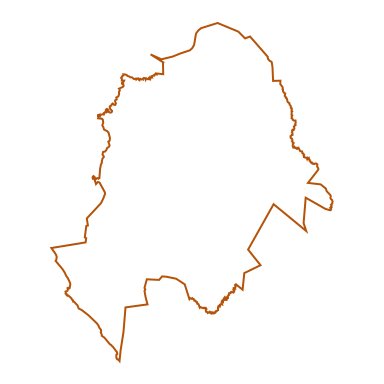 outline of San Ignacio, Sinaloa, Mexico
{"feature_id": "50627088B92995602725414", "entity_name": "San Ignacio", "entity_type": "district", "adm_level": 2, "iso_a3": "MEX", "parent_name": "Mexico", "parent_adm1": "Sinaloa", "projection": "equal_earth", "projection_center": [-106.307, 23.924], "detail": "fine", "context": "isolated", "style": "outline", "palette": "amber", "viewbox_px": 384, "rotation_deg": 0, "n_neighbors": 0, "source": "geoboundaries", "source_scale": "gbopen_adm2", "svg_char_len": 5935}
<svg xmlns="http://www.w3.org/2000/svg" viewBox="0 0 384 384"><path d="M150.6,54.4L163.3,62.4L163.0,62.8L163.2,74.2L157.0,73.5L156.9,74.1L156.2,73.8L156.3,74.4L155.3,74.1L154.6,74.6L154.4,75.3L154.1,75.1L153.8,75.5L153.3,75.4L152.4,76.3L151.4,76.2L151.2,76.8L151.7,77.5L150.8,77.5L150.0,79.5L149.2,79.0L149.0,77.9L148.0,79.2L146.1,78.3L145.6,79.7L145.0,78.4L143.9,77.9L142.9,78.8L142.9,79.5L142.2,79.2L141.1,79.5L140.5,78.9L139.9,79.3L139.4,79.0L139.2,79.1L139.2,80.0L138.5,79.5L138.3,78.4L137.1,78.6L136.2,79.5L135.8,78.6L134.0,79.1L131.9,77.3L130.4,77.3L128.8,76.3L127.5,76.0L126.8,75.1L125.4,74.5L123.3,74.3L123.4,75.4L122.2,76.1L122.0,77.0L121.6,77.2L121.6,77.8L121.2,78.0L121.9,79.1L121.8,80.6L124.1,80.6L123.1,82.6L122.0,82.9L121.9,83.4L122.4,84.2L123.3,84.3L123.6,85.9L123.0,86.8L119.0,88.7L119.6,89.5L119.8,90.6L119.0,91.7L119.1,94.2L118.3,96.4L116.3,97.5L116.7,99.4L115.1,100.4L115.2,101.9L115.9,103.4L115.3,104.9L114.3,104.9L112.7,103.5L111.7,104.4L111.4,105.5L110.1,106.1L109.7,106.7L110.2,108.9L112.1,110.9L111.9,111.7L111.4,112.4L110.0,112.6L109.1,112.2L107.8,109.3L106.7,108.9L105.8,110.0L107.1,111.6L106.8,112.1L107.0,112.9L105.8,111.5L105.7,112.3L105.1,112.1L103.9,113.0L104.2,113.9L103.8,114.5L103.2,114.1L100.5,115.0L100.1,114.4L99.2,114.7L99.7,116.0L98.0,115.4L98.0,116.5L98.4,117.1L98.1,118.3L102.0,118.8L102.9,119.8L103.2,122.7L102.3,125.4L103.4,127.2L104.0,129.5L107.4,131.3L108.5,132.6L109.8,137.3L109.9,139.1L109.5,140.9L108.3,141.6L109.6,145.4L108.9,146.8L107.0,148.1L106.4,149.9L105.1,151.5L103.1,151.9L102.5,154.6L103.8,156.4L103.8,157.0L102.5,158.6L101.8,161.3L101.9,162.7L101.0,164.3L100.1,168.8L99.4,178.1L98.5,178.7L98.0,178.1L97.1,178.1L95.7,179.3L94.6,177.0L93.4,176.1L92.7,176.9L92.6,177.7L92.9,178.8L93.9,178.7L94.4,179.2L96.0,184.1L97.8,182.0L99.5,182.5L104.7,192.0L105.1,193.6L103.3,198.5L100.9,203.3L86.8,218.4L87.9,225.5L86.3,225.9L84.8,237.4L86.2,238.2L85.6,242.4L51.4,248.0L55.4,253.7L56.4,255.7L56.7,256.8L56.3,259.9L55.6,260.9L62.5,269.1L64.9,272.9L66.2,275.9L67.7,277.9L70.0,282.7L70.3,284.2L69.7,287.9L69.4,288.4L68.5,288.8L68.2,288.7L67.9,287.9L67.5,288.1L67.8,288.9L67.5,290.8L65.5,291.6L65.9,293.3L65.7,293.6L66.5,294.0L66.3,294.6L66.9,295.4L67.5,295.7L67.7,295.3L68.1,295.4L71.5,298.3L71.8,299.5L72.9,300.2L73.1,301.6L74.0,301.7L77.5,305.4L78.7,308.5L81.7,310.0L88.5,315.3L96.9,323.4L98.4,325.5L99.3,327.7L100.9,329.7L101.2,331.4L100.7,332.2L101.7,334.5L101.8,335.8L104.5,337.7L109.8,344.2L110.8,344.7L113.1,347.1L117.0,352.2L117.3,354.0L116.3,354.8L116.4,357.9L117.3,359.4L118.2,359.4L119.5,361.0L120.6,350.5L123.5,331.9L125.5,307.4L147.5,304.4L145.5,296.7L144.5,290.9L145.3,289.4L144.5,287.9L146.8,279.3L159.1,279.9L162.1,276.4L166.2,276.7L176.1,278.7L184.7,284.3L189.4,299.1L190.2,298.1L191.4,298.8L192.3,298.2L192.9,299.0L193.8,299.1L194.3,300.7L195.4,300.6L196.2,301.9L197.0,302.1L197.3,302.8L197.2,303.6L198.5,304.2L199.8,307.7L200.5,307.0L202.2,308.0L203.0,307.7L203.9,308.2L204.6,307.8L204.9,308.2L205.8,307.9L206.5,309.1L205.8,309.9L205.9,311.3L206.1,311.8L207.0,311.9L207.7,313.0L208.7,312.3L209.2,312.5L209.9,311.7L210.3,312.0L210.4,312.7L211.2,312.4L211.5,313.4L212.7,312.4L213.2,313.4L213.6,313.1L214.2,313.3L215.0,312.8L214.7,312.4L215.6,311.4L216.7,312.2L216.4,311.7L216.6,310.9L218.1,310.2L218.0,308.2L218.8,308.5L218.1,307.7L218.5,306.1L219.9,306.5L220.1,305.5L219.6,305.1L219.9,304.7L221.2,304.1L222.0,304.4L221.6,303.3L221.6,302.0L222.3,301.3L222.3,302.3L223.0,302.4L223.1,300.8L222.7,300.5L223.8,300.1L223.3,299.8L223.7,299.4L223.6,298.9L224.7,297.4L225.2,298.8L224.9,299.5L225.7,299.3L226.0,300.0L226.5,300.0L226.7,297.6L227.1,297.8L227.2,298.7L228.0,298.1L227.7,296.2L228.9,295.1L228.6,294.6L229.2,293.1L230.3,293.3L231.0,292.6L231.1,291.9L231.8,291.8L233.3,292.6L234.2,291.6L234.3,291.0L233.7,290.5L233.4,289.7L234.4,289.7L234.7,289.3L234.1,289.2L234.0,288.7L234.7,288.7L234.2,288.0L235.0,287.9L235.6,286.8L235.3,286.4L234.7,286.5L235.6,285.8L235.1,285.5L235.2,284.7L235.9,284.3L242.6,289.7L244.3,273.1L260.5,265.2L248.1,249.6L273.6,204.2L306.2,231.0L303.6,223.1L305.7,197.7L325.4,208.9L329.9,210.2L330.6,210.2L331.1,209.2L330.4,208.1L331.0,208.0L330.9,206.7L331.2,206.4L331.6,206.6L331.6,205.6L331.0,204.8L332.3,203.5L332.2,202.8L332.6,201.6L332.2,200.1L330.8,198.9L330.4,197.8L330.8,196.1L330.2,194.9L326.6,191.1L325.9,188.6L320.7,184.4L308.0,182.9L318.3,169.6L318.3,168.4L317.1,166.4L317.3,164.3L315.9,163.4L314.8,163.6L314.2,164.1L312.6,163.7L312.5,163.1L311.8,163.1L311.6,162.4L311.1,162.6L310.2,161.5L310.2,161.0L309.6,160.7L309.7,159.9L309.2,159.6L308.8,158.0L307.8,158.8L307.8,157.8L307.6,157.7L307.1,159.0L306.6,157.8L304.9,157.5L304.4,156.8L303.9,156.9L303.6,155.2L304.1,154.8L303.9,154.5L303.1,153.4L302.4,153.3L302.1,151.5L300.2,151.1L298.4,147.7L297.8,147.8L297.1,148.9L296.3,148.6L295.8,147.7L295.0,147.9L294.3,146.7L293.3,147.5L293.1,147.1L292.7,146.0L292.8,144.8L293.6,143.1L292.7,142.8L292.6,141.6L292.0,141.1L292.3,140.8L292.4,139.8L291.9,138.6L290.8,138.2L290.5,136.2L291.2,135.7L291.7,134.9L292.5,134.9L292.4,132.9L291.9,132.2L292.5,131.0L292.1,130.3L292.8,129.6L293.7,129.9L294.2,129.0L294.4,128.3L293.9,126.6L294.5,126.2L294.6,125.5L295.6,125.0L295.2,123.8L295.7,122.9L295.5,120.5L293.6,120.5L292.8,119.8L292.7,119.1L291.5,118.2L291.9,117.1L291.6,116.5L292.3,115.3L291.5,114.7L291.7,112.7L291.6,111.8L292.1,111.4L291.6,110.9L291.8,110.6L291.8,109.6L291.5,109.1L291.8,108.4L290.8,107.7L290.9,106.8L290.6,105.8L289.6,104.6L289.3,103.0L288.7,102.9L287.6,101.8L286.8,98.5L286.2,98.2L286.1,97.5L285.7,97.5L285.2,96.1L284.7,95.8L285.2,93.5L284.1,92.8L283.1,91.5L282.9,89.5L282.5,89.1L282.8,88.2L282.5,87.0L280.3,84.1L280.4,80.7L273.1,80.9L272.5,67.4L271.8,62.5L271.4,61.7L269.9,61.0L268.3,59.4L267.7,57.8L267.8,56.9L267.5,56.5L250.0,36.5L245.1,38.4L238.3,31.6L217.5,23.0L201.0,28.2L198.6,30.2L196.5,32.8L195.9,34.2L194.1,44.9L192.2,48.2L189.9,50.3L180.0,53.6L172.6,56.6L161.4,59.3L150.6,54.4Z" fill="none" stroke="#b45309" stroke-width="2"/></svg>